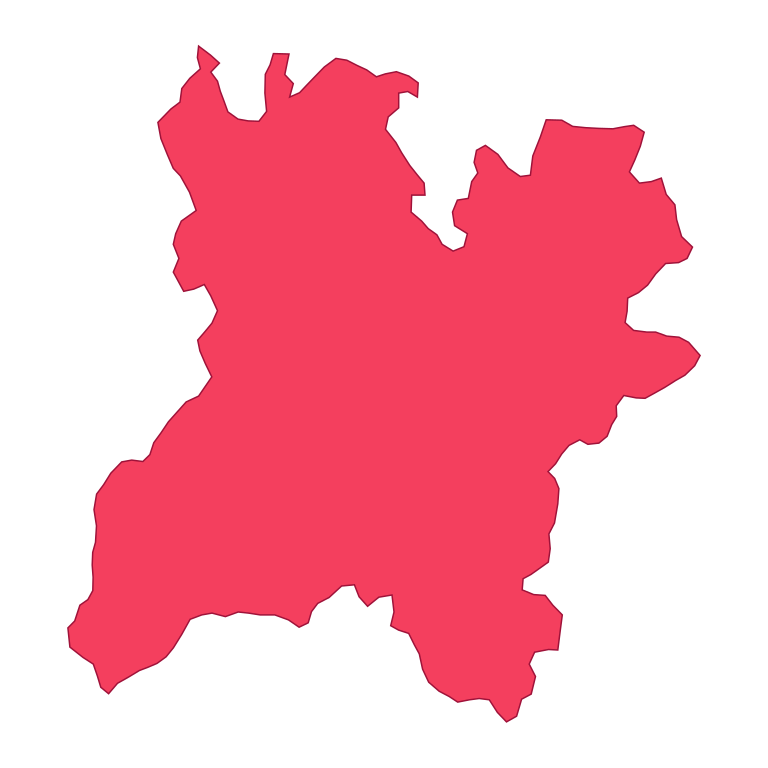 Laje do Muriaé, Rio de Janeiro, Brazil
{"feature_id": "56859067B52854744724154", "entity_name": "Laje do Muriaé", "entity_type": "district", "adm_level": 2, "iso_a3": "BRA", "parent_name": "Brazil", "parent_adm1": "Rio de Janeiro", "projection": "natural_earth1", "projection_center": [-42.133, -21.251], "detail": "fine", "context": "isolated", "style": "filled", "palette": "rose", "viewbox_px": 768, "rotation_deg": 0, "n_neighbors": 0, "source": "geoboundaries", "source_scale": "gbopen_adm2", "svg_char_len": 3082}
<svg xmlns="http://www.w3.org/2000/svg" viewBox="0 0 768 768"><path d="M108.6,693.7L117.5,683.3L129.5,676.5L139.4,670.5L147.6,667.4L157.0,663.4L166.1,656.8L173.4,647.8L181.9,634.1L190.1,619.3L201.8,614.9L212.0,613.1L225.4,616.6L238.2,612.0L248.6,613.1L260.1,614.9L274.8,614.9L288.5,619.9L299.1,627.2L308.2,622.8L311.5,611.6L317.7,603.4L329.2,597.4L341.6,586.0L354.4,584.8L359.1,596.8L367.6,606.3L378.8,597.2L392.0,595.0L394.0,612.0L390.7,625.7L398.6,630.1L408.7,633.4L414.4,644.9L419.3,653.9L422.6,669.2L428.7,682.2L439.1,691.2L449.2,696.5L457.7,702.1L469.4,699.8L479.2,698.5L489.3,699.8L497.4,712.4L506.5,721.9L516.6,716.2L521.6,699.2L531.2,694.1L535.5,676.5L529.2,664.1L534.6,652.2L548.5,649.5L557.8,650.0L560.4,629.4L562.3,614.9L552.8,605.2L545.2,595.4L533.7,594.6L522.2,589.9L523.1,578.7L530.9,574.5L548.3,562.1L550.2,548.7L548.9,533.9L554.5,523.0L557.8,503.8L558.9,488.6L554.7,478.5L548.0,471.6L555.6,463.7L561.7,454.0L569.0,445.4L579.7,439.8L587.9,444.3L598.9,443.1L607.1,436.3L611.7,424.6L616.7,416.4L616.2,405.8L623.8,395.5L636.2,397.9L645.1,398.3L654.2,393.3L665.2,387.1L675.6,380.5L684.9,375.2L694.7,365.7L700.1,355.5L688.6,342.3L679.0,337.2L666.7,336.1L655.7,332.1L647.0,332.1L633.6,330.4L625.1,322.6L627.1,311.2L627.7,298.1L638.5,292.6L647.6,285.1L655.7,273.9L665.6,263.5L678.6,262.6L687.1,258.4L692.5,247.1L681.6,236.6L676.6,219.6L674.9,204.8L666.2,194.4L661.3,178.1L651.3,181.6L639.4,183.1L629.4,171.9L634.8,160.0L640.3,146.3L644.2,132.2L633.7,125.3L624.7,126.6L612.9,128.8L598.9,128.4L585.7,127.7L572.7,126.4L561.8,120.2L546.2,119.8L540.4,136.8L532.8,156.0L530.4,175.2L520.3,176.5L507.9,167.9L497.9,154.4L485.4,145.4L476.5,150.3L474.1,162.4L477.8,173.0L471.7,181.6L468.3,198.4L457.4,200.1L452.5,212.1L454.6,225.7L467.4,233.7L464.0,246.7L453.1,251.1L442.1,244.3L436.9,234.8L428.2,228.6L421.7,221.1L411.1,212.1L411.7,195.1L425.0,195.1L424.1,183.1L417.2,174.8L409.8,165.5L401.6,152.7L395.9,142.5L385.5,129.3L388.2,116.9L398.7,107.9L398.7,93.1L407.8,91.5L417.4,97.1L418.2,82.9L408.9,76.1L396.4,71.7L385.3,73.9L376.4,76.8L366.7,69.9L357.2,65.5L346.8,60.2L335.9,58.4L324.3,67.0L313.7,77.9L306.1,85.8L299.6,92.7L289.6,97.1L293.3,83.6L284.8,74.6L289.0,54.0L273.4,53.6L270.1,64.8L265.3,74.3L264.9,93.1L266.6,111.4L258.9,121.3L248.2,120.9L238.0,119.1L227.9,111.9L223.8,100.6L220.3,91.3L217.5,81.2L210.8,72.1L219.4,63.1L210.5,55.1L198.6,46.1L197.4,57.6L200.4,68.8L189.8,78.3L181.8,88.5L180.0,102.1L170.9,109.0L157.9,122.4L160.9,138.6L167.5,154.9L173.3,168.4L180.4,175.9L189.5,192.2L196.2,210.5L181.3,221.1L175.7,233.7L173.3,244.3L178.9,258.4L173.3,272.1L183.7,291.3L193.8,289.1L204.3,284.5L210.8,295.9L217.5,310.7L212.0,323.1L205.1,331.5L197.7,340.1L199.9,350.9L205.3,363.5L211.8,376.9L198.6,396.1L186.2,401.9L168.5,421.7L160.9,433.0L153.8,442.7L149.9,454.6L142.9,461.5L131.7,460.1L121.7,461.9L110.8,473.2L103.7,484.6L96.6,494.1L94.0,509.6L96.5,525.9L95.5,542.3L92.7,552.4L92.2,565.0L93.1,577.3L92.8,590.6L87.9,599.6L79.9,605.2L74.7,621.0L67.9,627.9L69.9,647.1L83.1,657.5L93.3,664.1L97.4,676.0L100.8,687.3L108.6,693.7Z" fill="#f43f5e" stroke="#9f1239" stroke-width="1.5"/></svg>